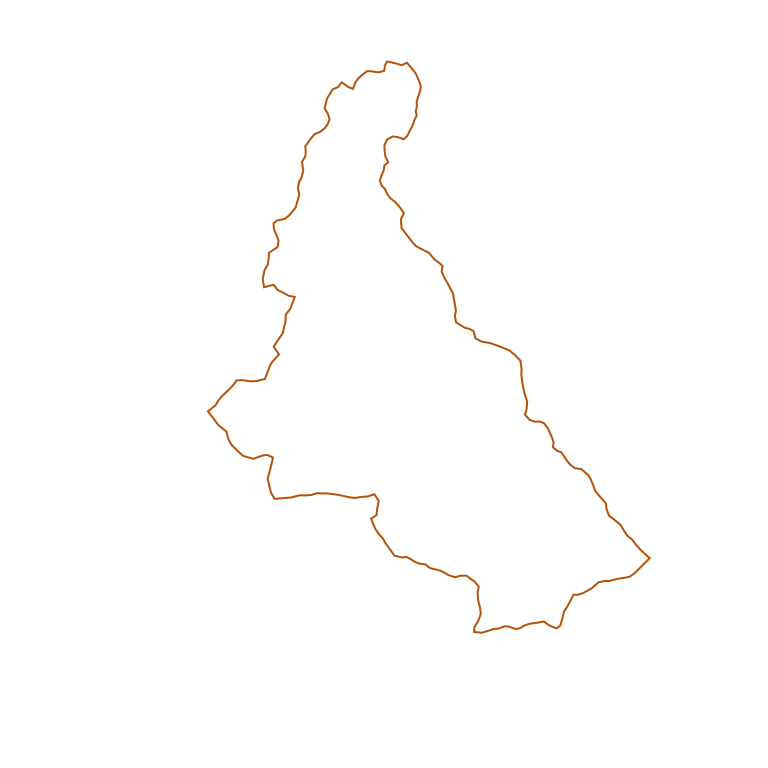 outline of Fernandópolis, São Paulo, Brazil, rotated 156°
{"feature_id": "56859067B33665178347433", "entity_name": "Fernandópolis", "entity_type": "district", "adm_level": 2, "iso_a3": "BRA", "parent_name": "Brazil", "parent_adm1": "São Paulo", "projection": "albers", "projection_center": [-50.287, -20.283], "detail": "fine", "context": "isolated", "style": "outline", "palette": "amber", "viewbox_px": 768, "rotation_deg": 156, "n_neighbors": 0, "source": "geoboundaries", "source_scale": "gbopen_adm2", "svg_char_len": 3449}
<svg xmlns="http://www.w3.org/2000/svg" viewBox="0 0 768 768"><g transform="rotate(156 384 384)"><path d="M282.5,468.1L284.4,472.3L287.5,477.8L289.5,485.5L294.6,491.7L298.7,496.9L300.5,502.0L301.8,507.9L303.3,513.8L304.5,519.3L301.6,527.6L296.4,531.9L297.3,537.6L299.4,545.1L302.3,550.4L303.8,555.6L303.8,562.0L305.6,566.7L304.9,571.7L301.0,576.0L297.1,579.6L294.5,583.7L290.0,584.8L290.2,591.4L288.7,596.4L286.7,601.7L281.8,606.1L275.3,606.6L270.7,603.7L266.4,599.5L261.8,601.2L257.3,605.0L253.0,608.3L248.6,613.0L244.9,616.0L244.0,620.2L241.1,624.2L239.3,628.7L235.7,632.8L231.6,637.2L229.1,641.5L228.7,648.2L228.7,655.1L230.2,660.8L232.3,668.1L238.2,668.1L242.4,671.7L250.0,677.4L253.6,674.6L256.4,670.0L262.5,671.0L267.8,674.5L272.0,676.7L278.5,675.2L283.8,673.4L287.4,671.2L292.3,666.2L295.8,669.8L300.0,676.9L304.9,674.0L311.2,674.0L320.0,667.9L326.1,660.0L325.4,654.0L326.0,648.1L329.7,644.3L334.2,641.7L339.8,640.3L345.6,640.6L351.8,637.5L359.2,633.2L361.0,628.0L363.2,624.0L368.6,620.2L371.0,611.6L375.7,605.9L379.0,603.5L383.0,597.9L384.3,591.4L388.6,586.4L392.6,581.4L398.7,578.1L402.5,576.5L407.7,575.2L415.3,576.9L419.5,575.7L421.5,570.5L422.0,558.0L425.3,552.5L435.7,550.6L438.3,545.7L441.5,540.4L446.8,536.6L452.0,529.5L454.2,521.2L444.4,519.5L442.9,513.1L438.9,508.4L435.2,503.4L430.1,499.8L439.1,490.8L445.5,487.3L449.3,479.9L452.4,476.4L455.5,471.9L461.6,468.0L469.6,463.0L467.9,453.7L476.9,449.8L480.4,447.4L484.1,443.6L490.8,437.0L499.7,438.7L504.8,440.7L512.5,445.5L517.2,447.2L522.3,444.3L528.1,441.9L536.6,438.9L542.5,436.0L546.4,433.2L555.9,430.6L553.9,422.5L552.0,413.5L549.3,408.5L547.3,404.5L548.6,397.1L548.0,390.5L545.1,382.7L542.0,375.7L538.2,372.4L533.9,368.9L523.7,368.0L519.5,366.7L515.3,361.9L521.8,353.4L528.8,344.8L529.8,339.8L531.5,330.2L530.5,323.5L515.0,318.1L506.2,316.6L500.8,314.0L495.4,312.2L489.7,311.6L485.9,309.5L481.5,307.8L475.1,304.0L469.7,300.5L463.0,295.5L457.4,291.9L450.5,290.0L444.7,287.9L437.6,287.2L436.4,279.3L440.7,273.2L444.3,267.2L450.5,266.3L450.8,261.7L450.8,254.7L449.8,249.2L447.8,243.1L447.4,237.8L446.3,233.1L444.3,223.1L438.5,218.4L433.9,216.9L430.5,212.6L428.2,209.0L424.5,205.3L419.4,202.2L416.9,197.2L412.9,194.1L408.7,190.8L405.7,187.2L402.6,182.9L397.5,178.5L392.6,177.9L386.6,175.4L384.0,170.4L381.5,166.6L380.0,160.2L383.3,155.4L386.0,147.9L387.3,140.3L389.1,134.6L394.2,129.3L400.4,125.0L402.5,120.8L395.9,117.0L389.3,116.1L383.5,115.6L378.4,113.9L372.3,113.7L368.1,111.1L363.6,106.8L359.2,105.5L354.3,106.3L348.5,105.8L340.5,103.4L334.5,102.0L332.5,98.2L329.9,94.7L325.8,90.6L321.3,91.6L316.1,97.6L312.1,102.9L306.6,106.4L296.6,114.4L292.3,112.5L286.8,112.0L277.1,112.9L268.7,115.6L262.6,114.3L258.5,112.5L249.8,111.0L243.1,109.2L238.1,108.0L231.3,109.4L222.8,112.8L212.1,116.8L217.1,128.2L219.2,134.8L220.6,141.0L223.5,146.7L224.4,152.6L225.3,159.3L228.8,166.4L232.0,172.1L231.5,179.5L229.8,184.6L234.4,199.4L233.9,213.7L234.9,218.8L238.6,226.2L243.8,229.5L246.7,234.7L248.0,239.3L249.8,249.5L253.0,252.5L255.4,257.5L252.7,261.8L252.3,267.0L252.3,276.9L253.9,283.4L257.0,286.4L261.0,287.9L265.5,291.9L267.7,298.7L264.4,302.3L260.3,309.7L259.9,314.3L259.0,320.8L257.3,328.0L254.7,336.8L252.3,341.5L249.9,349.9L252.1,356.0L255.7,363.6L263.7,371.9L270.5,378.3L277.7,383.1L281.9,388.7L280.6,395.8L283.5,399.6L287.7,403.0L293.1,411.0L291.5,417.5L288.4,421.9L284.2,438.4L284.8,449.5L285.6,456.4L285.6,463.1L282.5,468.1Z" fill="none" stroke="#b45309" stroke-width="2"/></g></svg>